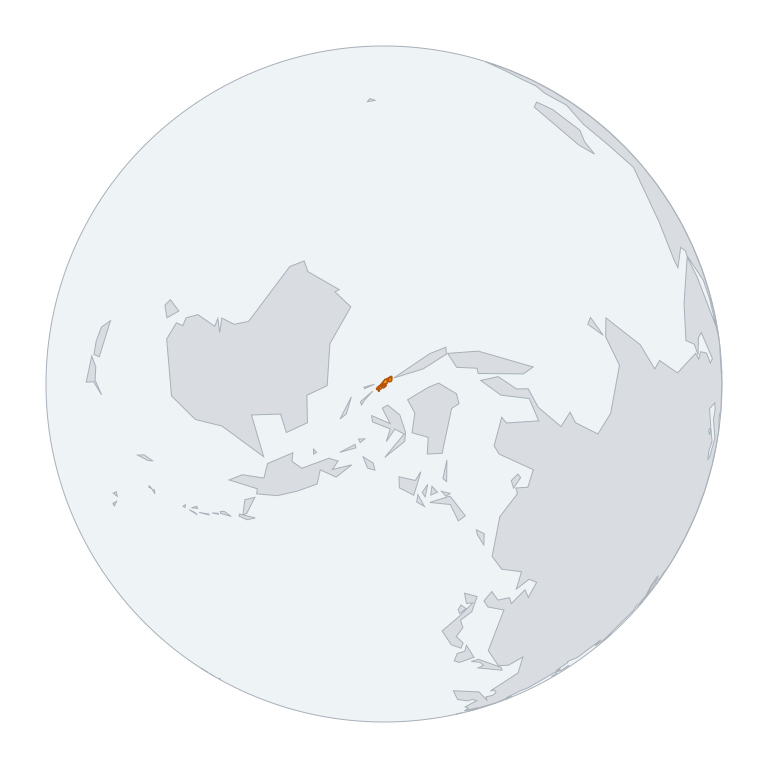 Nusa Tenggara Barat on an orthographic globe, rotated 142°
{"feature_id": "IDN-555", "entity_name": "Nusa Tenggara Barat", "entity_type": "Province", "adm_level": 1, "iso_a3": "IDN", "parent_name": "Indonesia", "parent_adm1": "", "projection": "orthographic", "projection_center": [117.655, -8.595], "detail": "medium", "context": "on_globe", "style": "filled", "palette": "amber", "viewbox_px": 768, "rotation_deg": 142, "n_neighbors": 0, "source": "natural_earth", "source_scale": "10m", "svg_char_len": 8685}
<svg xmlns="http://www.w3.org/2000/svg" viewBox="0 0 768 768"><g transform="rotate(142 384 384)"><circle cx="384" cy="384" r="338" fill="#eef3f6" stroke="#a8b0b8"/><path d="M671.6,453.9L671.2,456.5L670.9,456.7L671.6,453.9ZM575.9,105.9L576.1,106.0L575.7,105.7L575.9,105.9ZM702.8,271.9L703.1,272.9L700.4,265.4L701.0,267.1L702.8,271.9ZM698.6,260.7L699.6,263.2L698.7,261.1L698.6,260.7ZM697.9,259.0L698.4,260.2L698.1,259.6L697.9,259.0ZM697.2,257.8L697.4,258.2L697.5,258.4L697.2,257.8ZM695.2,253.7L694.5,252.4L694.5,252.0L695.2,253.7ZM530.5,79.5L524.8,76.8L527.6,78.1L530.5,79.5ZM515.7,72.8L515.8,72.9L520.7,75.0L506.6,69.4L510.6,71.3L491.4,63.7L509.8,70.4L512.1,71.3L515.7,72.8ZM482.9,60.9L483.1,60.9L478.8,59.7L479.8,60.0L482.9,60.9ZM95.4,208.2L95.9,207.5L115.9,178.6L114.8,179.7L135.0,155.5L138.5,153.4L142.6,148.8L149.0,141.2L159.3,131.8L155.5,135.0L175.1,118.4L195.8,103.3L217.7,89.8L240.5,78.1L264.1,68.0L274.5,64.4L278.3,63.6L282.7,62.2L286.3,60.9L288.6,61.7L291.8,60.7L292.2,59.9L298.7,57.7L311.1,54.5L311.2,54.9L306.8,56.1L297.6,59.9L285.8,64.0L287.1,64.0L297.4,60.7L308.6,55.8L316.0,53.9L312.0,55.5L314.0,54.7L317.7,54.0L321.6,53.9L326.6,52.1L367.4,47.1L378.9,47.7L370.8,48.9L399.5,49.4L410.2,52.3L410.6,51.3L424.6,52.3L421.4,51.3L422.6,51.0L457.2,55.9L465.4,58.3L480.7,61.4L480.9,61.2L475.6,59.4L491.4,63.7L510.6,71.3L509.2,71.2L522.1,77.0L517.1,76.5L518.8,79.6L505.8,77.4L508.4,80.9L513.2,82.9L520.3,90.0L518.2,99.6L498.7,82.8L497.6,71.6L496.2,74.7L490.2,71.8L485.8,71.8L485.4,74.9L489.2,76.6L456.2,73.8L442.6,83.4L458.9,85.7L467.3,91.5L466.0,109.7L428.6,132.1L439.4,144.3L438.8,151.5L426.8,154.1L427.2,143.5L416.7,138.4L418.8,132.6L399.6,135.0L401.7,127.0L385.8,133.7L389.9,140.8L406.0,140.9L391.2,151.4L405.3,165.6L404.9,181.6L374.4,208.1L346.4,215.4L344.2,220.9L334.2,214.1L319.1,224.6L336.4,257.8L335.3,267.5L311.7,285.3L311.5,277.9L284.8,259.7L278.5,283.1L298.7,303.2L305.6,327.3L289.5,319.5L282.6,298.5L273.3,291.5L276.8,270.9L270.8,241.5L254.7,247.2L256.9,235.5L246.2,212.9L223.6,221.2L186.9,253.8L180.3,284.7L168.4,299.4L157.9,257.1L161.4,229.1L152.4,232.9L145.9,212.0L119.7,216.3L120.6,209.9L114.6,214.5L110.8,209.8L114.0,199.5L109.5,201.9L102.3,229.1L107.6,227.0L118.5,213.7L115.0,224.4L119.3,232.3L98.0,262.7L66.8,297.5L71.5,275.1L88.0,221.4L91.9,214.6L92.3,213.9L92.9,212.7L86.5,224.1L91.3,215.1L95.4,208.2ZM91.3,215.2L74.7,251.3L68.5,269.2L66.2,299.0L64.5,303.2L66.1,309.0L80.8,294.7L79.2,302.6L67.5,342.1L54.0,401.2L60.3,435.4L67.0,466.2L68.5,491.2L78.4,514.3L80.7,525.1L87.5,538.7L95.0,555.0L103.8,571.9L105.7,575.6L92.9,555.6L81.5,534.7L71.7,513.0L63.4,490.8L56.7,468.0L51.6,444.7L48.1,421.2L46.3,397.5L46.2,373.7L47.8,350.0L51.0,326.4L55.9,303.2L62.4,280.3L70.5,258.0L80.1,236.2L91.3,215.2ZM134.9,165.5L142.6,164.2L152.9,149.0L156.8,147.6L158.9,143.4L153.6,148.0L160.8,136.8L169.1,131.4L175.2,125.4L172.9,125.7L156.6,137.6L146.2,153.2L138.5,160.3L134.9,165.5ZM110.7,185.3L111.5,184.2L109.1,187.4L110.7,185.3ZM216.1,612.7L223.2,616.7L219.5,617.7L216.1,612.7ZM83.5,452.9L95.1,509.7L90.2,512.2L82.3,496.9L73.4,463.3L76.8,451.4L76.6,435.6L83.5,452.9ZM391.6,389.7L402.1,392.2L401.8,393.8L391.6,389.7ZM380.7,383.2L392.6,384.7L378.7,386.6L380.7,383.2ZM397.2,385.3L409.4,383.3L414.6,381.3L413.7,384.5L397.2,385.3ZM372.6,382.7L329.4,379.8L312.6,374.9L316.4,369.1L343.7,371.8L372.6,382.7ZM315.0,368.9L289.5,351.9L256.0,305.6L268.0,306.2L303.3,334.3L301.0,339.2L316.5,352.4L315.0,368.9ZM377.5,342.2L375.1,357.0L351.2,354.1L340.4,351.1L332.9,331.7L337.0,322.3L345.8,323.1L380.9,293.6L393.0,302.2L382.0,314.7L391.9,328.3L377.5,342.2ZM181.3,287.5L186.6,305.7L180.3,309.3L181.3,287.5ZM395.8,273.2L381.2,285.4L394.7,268.6L395.8,273.2ZM404.2,257.4L404.8,264.1L399.3,257.1L404.2,257.4ZM343.2,229.5L333.9,230.6L334.0,226.1L346.0,222.2L343.2,229.5ZM404.5,195.7L403.1,208.1L400.9,212.2L397.2,204.2L404.5,195.7ZM292.7,58.6L287.3,60.3L287.9,60.0L292.7,58.6ZM319.1,52.4L322.9,51.7L313.7,53.5L319.1,52.4ZM361.9,47.2L367.2,46.6L369.9,46.7L369.1,46.8L361.9,47.2ZM365.3,46.6L366.0,46.6L361.6,47.0L358.7,47.0L359.5,47.0L365.3,46.6ZM591.6,580.8L594.4,585.8L584.6,594.8L571.7,602.8L560.5,602.3L591.6,580.8ZM500.5,582.0L500.7,567.8L514.2,569.8L508.1,581.0L500.5,582.0ZM600.6,574.9L609.3,565.0L613.2,549.3L611.4,564.5L617.5,568.8L597.0,586.0L600.6,574.9ZM452.1,516.7L385.8,534.6L371.2,530.1L374.8,519.4L361.2,485.9L365.9,486.8L362.7,465.2L401.8,449.1L429.8,417.7L451.7,422.6L468.2,400.6L490.8,405.9L484.0,424.0L507.5,441.2L523.6,400.8L537.6,450.7L554.5,472.2L558.8,505.4L527.6,553.2L509.9,560.0L506.6,553.8L499.2,558.0L487.9,553.2L481.9,533.7L474.6,537.9L481.8,525.7L471.2,535.8L465.4,523.3L452.1,516.7ZM613.7,466.1L616.9,468.7L621.9,479.6L616.7,475.9L613.7,466.1ZM663.3,459.7L664.6,464.7L661.3,464.0L663.3,459.7ZM670.9,456.7L667.0,456.2L671.6,453.9L670.9,456.7ZM631.4,444.0L632.9,447.7L631.6,448.2L631.4,444.0ZM630.1,442.4L632.1,438.4L631.7,443.1L630.1,442.4ZM614.8,411.1L616.8,409.3L617.6,411.5L614.8,411.1ZM417.6,394.0L432.2,383.6L440.2,383.5L417.6,394.0ZM611.9,405.0L606.9,402.9L607.4,400.7L611.9,405.0ZM612.2,399.4L611.7,395.8L614.8,404.9L612.2,399.4ZM602.6,388.6L608.7,396.6L601.9,389.1L602.6,388.6ZM598.9,388.3L594.4,384.3L594.7,383.3L598.9,388.3ZM548.3,379.4L565.1,403.7L551.6,399.8L536.5,383.8L524.8,393.0L498.1,385.9L504.2,379.8L500.6,368.2L473.1,359.4L467.6,351.6L477.3,348.4L459.2,340.2L479.0,340.1L487.1,355.6L498.3,346.4L517.8,352.8L536.7,361.6L552.0,375.9L548.3,379.4ZM479.2,371.6L482.6,372.2L479.6,376.1L479.2,371.6ZM585.9,373.7L592.4,382.7L591.6,384.3L588.4,382.2L585.9,373.7ZM555.5,374.2L571.9,366.5L575.7,367.7L564.9,378.5L555.5,374.2ZM567.9,357.7L575.5,361.4L579.6,369.2L578.0,370.6L567.9,357.7ZM438.8,352.5L438.0,356.3L432.9,352.6L438.8,352.5ZM445.4,351.0L460.9,357.4L444.0,354.2L445.4,351.0ZM398.9,332.2L403.3,341.8L417.5,337.3L406.7,344.7L416.4,361.2L413.2,366.7L403.5,349.0L400.3,366.0L394.1,365.1L390.6,349.9L396.8,332.6L403.0,326.0L428.6,325.7L398.9,332.2ZM445.3,339.6L441.2,328.3L444.2,321.7L448.7,327.8L445.3,339.6ZM429.3,301.7L418.7,288.7L408.9,292.2L429.0,278.0L435.8,292.7L429.3,301.7ZM420.6,275.0L411.4,278.0L421.1,269.7L420.6,275.0ZM409.2,273.9L408.4,265.9L415.5,267.7L409.2,273.9ZM425.4,275.9L427.5,262.6L430.9,270.9L425.4,275.9ZM405.9,248.2L420.9,262.5L401.0,255.0L401.1,230.1L409.7,230.4L405.9,248.2ZM459.3,162.5L457.7,156.5L465.7,156.5L464.5,160.5L459.3,162.5ZM490.2,153.6L467.3,154.6L448.7,156.9L454.1,160.3L449.3,169.6L441.5,159.2L455.1,150.5L469.1,150.8L471.8,143.5L482.5,140.5L481.1,131.2L486.0,128.4L491.5,137.2L490.2,153.6ZM479.9,127.3L481.4,113.2L496.1,118.3L499.1,122.5L492.2,126.6L484.9,123.6L479.9,127.3ZM486.1,111.6L479.0,108.9L466.2,88.5L467.2,85.8L484.7,102.4L478.9,100.9L479.5,105.5L486.1,111.6ZM479.8,60.0L478.9,59.7L482.3,60.7L479.8,60.0ZM420.6,50.5L422.8,50.3L426.7,51.0L420.6,50.5ZM431.2,50.4L425.2,49.6L431.5,50.2L431.2,50.4ZM411.9,48.3L422.8,49.3L412.4,48.7L411.9,48.3Z" fill="#d9dde1" stroke="#a8b0b8" stroke-width="1"/><path d="M393.0,384.1L392.9,384.3L392.9,384.8L392.7,384.9L391.7,384.9L391.3,384.6L391.0,384.8L390.5,384.7L390.1,384.9L390.3,385.1L391.4,385.2L391.5,385.4L391.3,385.5L390.8,385.5L390.2,385.2L388.7,385.6L388.4,385.5L388.3,385.2L388.6,384.6L388.4,383.9L388.3,384.5L388.0,384.6L387.7,385.0L386.9,385.6L386.2,385.5L385.4,386.0L385.1,385.8L384.8,386.0L384.4,385.9L383.4,386.4L382.5,386.7L381.3,386.5L380.9,386.9L380.2,387.0L379.9,386.7L378.8,386.5L378.6,386.2L378.6,385.6L379.2,385.2L378.8,384.8L378.9,384.5L378.7,384.4L379.0,383.9L379.2,383.5L379.5,383.6L380.1,383.4L380.9,382.9L381.3,382.6L382.7,383.3L382.8,382.9L383.4,382.9L383.6,383.5L383.7,383.1L383.8,383.1L383.9,383.7L384.3,383.9L384.5,383.8L384.8,384.3L384.6,384.3L384.9,384.7L385.4,384.6L385.5,384.8L385.8,384.9L386.4,384.4L387.7,384.3L387.7,384.0L387.4,383.7L387.2,383.9L386.8,383.4L386.3,383.1L385.8,383.2L384.3,381.9L384.5,381.4L385.5,381.0L386.9,381.3L387.1,381.9L387.5,382.5L387.8,382.7L388.7,382.0L389.8,382.2L390.1,382.7L389.9,383.7L390.3,383.2L390.2,382.7L390.4,382.4L391.0,382.2L391.7,382.3L392.1,383.3L392.0,383.7L392.1,384.3L392.6,384.2L392.8,383.8L393.0,384.1ZM376.6,381.7L378.5,382.4L378.7,382.8L378.3,383.3L378.3,383.8L377.3,385.2L377.3,385.6L377.5,385.4L377.8,385.6L377.7,385.8L377.0,385.9L377.1,385.5L376.8,385.4L376.7,385.5L376.7,386.1L376.6,385.9L376.4,386.0L376.3,385.8L375.6,385.9L375.3,385.7L374.8,385.8L374.8,385.6L374.5,385.9L374.2,385.5L373.4,385.3L373.5,384.8L373.7,385.0L374.6,384.8L374.7,385.0L374.9,384.9L374.7,384.7L374.8,383.9L374.5,383.1L375.0,382.9L376.0,381.9L376.6,381.7ZM384.1,381.4L384.2,381.6L383.9,381.8L383.5,382.6L383.3,382.8L383.1,382.6L383.2,382.2L383.0,381.6L383.5,381.3L384.1,381.4ZM392.4,381.3L392.7,381.6L392.4,382.0L392.2,382.0L392.0,381.6L392.4,381.3Z" fill="#f59e0b" stroke="#b45309" stroke-width="1.5"/></g></svg>